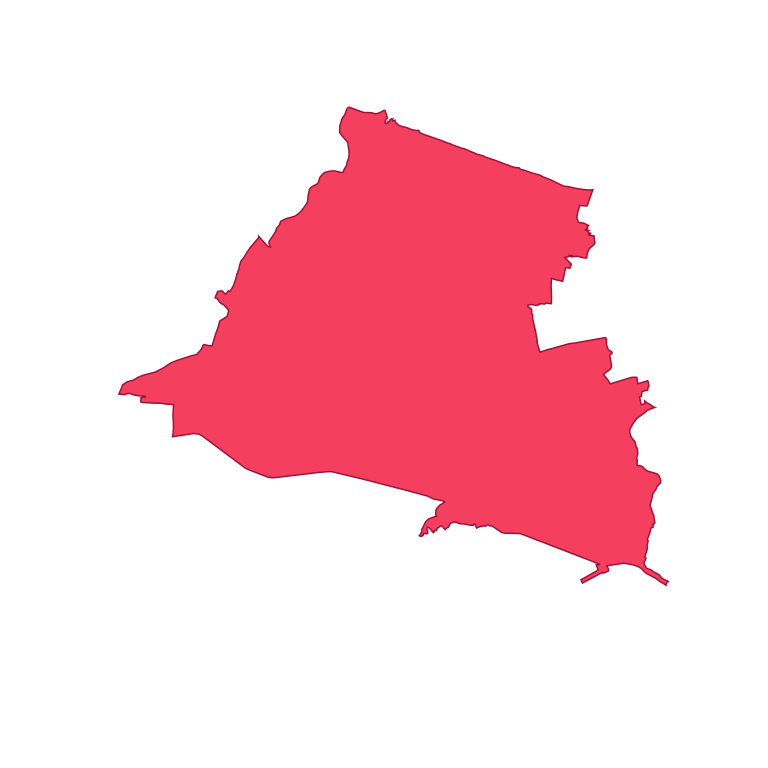 Livezile, Mehedinti, Romania, rotated 163°
{"feature_id": "2599482B92373301831218", "entity_name": "Livezile", "entity_type": "district", "adm_level": 2, "iso_a3": "ROU", "parent_name": "Romania", "parent_adm1": "Mehedinti", "projection": "mercator", "projection_center": [22.853, 44.538], "detail": "fine", "context": "isolated", "style": "filled", "palette": "rose", "viewbox_px": 768, "rotation_deg": 163, "n_neighbors": 0, "source": "geoboundaries", "source_scale": "gbopen_adm2", "svg_char_len": 6171}
<svg xmlns="http://www.w3.org/2000/svg" viewBox="0 0 768 768"><g transform="rotate(163 384 384)"><path d="M620.6,441.8L620.5,441.2L621.6,438.8L621.6,437.4L610.0,433.1L603.1,430.9L598.3,428.5L593.9,427.0L591.3,425.7L594.8,416.3L596.1,411.5L596.6,409.0L598.6,402.2L599.5,400.4L599.6,399.3L601.7,395.4L580.4,392.3L575.6,390.1L573.0,387.5L541.3,344.2L538.1,341.3L522.6,329.1L518.4,327.0L514.4,326.1L472.2,318.5L462.2,316.3L459.0,315.1L432.3,299.4L388.7,272.7L374.9,263.9L370.2,259.5L362.5,255.5L360.5,253.5L363.5,252.4L365.7,252.0L370.0,249.6L371.2,248.1L372.4,245.2L372.7,244.0L372.2,242.4L380.6,242.0L384.2,240.3L390.3,233.9L391.2,231.8L392.7,230.0L394.6,228.6L393.7,227.6L391.5,227.5L390.4,228.2L390.4,229.1L389.6,229.5L386.8,228.2L385.9,228.3L385.7,229.8L385.2,230.3L385.1,231.1L385.9,232.4L384.4,234.3L383.6,234.1L381.7,230.9L380.7,228.1L380.1,227.3L378.4,229.1L377.6,228.6L376.2,229.0L375.9,230.2L371.3,231.6L370.4,231.6L369.8,231.3L369.0,228.5L368.2,226.9L365.5,228.2L364.4,227.9L362.3,230.4L361.0,231.6L358.6,231.3L357.2,231.6L355.7,230.8L352.0,228.0L348.2,226.7L343.9,224.3L340.2,222.7L338.8,223.8L337.9,223.4L337.6,219.2L332.9,219.6L331.8,219.1L330.7,219.3L329.2,218.9L328.5,218.3L326.6,219.0L325.5,218.9L324.6,217.7L321.9,216.3L315.5,208.3L314.3,207.3L312.3,206.1L298.2,201.4L296.2,200.2L230.5,148.7L230.8,148.4L233.9,149.1L233.6,143.4L252.9,139.2L252.4,135.6L230.1,140.0L229.9,139.0L223.9,139.6L223.4,141.0L224.0,145.0L207.0,142.5L199.0,138.4L194.6,135.3L191.8,132.3L190.2,128.8L188.6,126.3L180.4,118.2L177.9,114.3L174.6,111.0L173.3,109.0L171.4,111.8L169.9,111.8L170.1,112.4L173.5,115.3L175.5,118.2L176.2,120.2L177.0,121.5L180.9,125.3L183.3,128.6L185.2,129.7L186.7,131.1L187.6,134.4L187.7,136.6L187.6,137.1L184.6,140.4L184.4,141.1L185.0,141.9L185.1,142.3L183.6,144.8L182.1,146.6L179.8,150.7L179.9,152.2L177.3,156.7L177.5,158.6L173.1,164.1L170.9,168.2L168.6,168.3L168.3,169.7L167.3,170.9L167.7,171.3L166.2,171.5L165.6,172.1L165.3,172.9L165.3,175.3L164.4,179.4L164.9,182.6L164.8,186.1L165.2,189.8L160.7,197.2L159.1,200.3L154.6,203.9L152.7,206.3L148.3,208.7L147.6,210.5L147.5,212.0L147.8,215.7L148.2,216.7L149.3,218.4L157.5,223.7L159.6,226.5L160.5,228.7L161.3,229.7L162.5,230.7L165.1,231.9L165.6,232.7L164.2,236.7L163.8,239.7L161.7,243.1L160.6,248.6L161.2,249.7L160.9,255.4L163.0,260.6L163.2,263.2L163.0,266.2L162.4,268.2L161.5,269.6L159.4,271.3L157.7,273.1L152.3,277.2L143.8,280.0L139.8,281.8L131.8,282.5L132.8,283.1L135.4,286.6L137.8,288.8L139.7,291.7L140.5,288.8L144.1,289.2L143.4,296.7L143.0,297.0L141.7,296.9L139.3,301.4L133.7,301.1L132.3,303.8L131.5,304.0L130.7,307.9L130.8,309.7L130.9,310.0L141.0,310.1L141.0,312.1L140.2,316.4L144.4,317.8L146.7,318.0L167.6,318.0L168.7,322.4L171.3,329.1L164.3,331.6L162.6,332.6L161.2,334.3L159.9,343.2L160.1,343.9L160.0,344.8L159.2,345.7L156.9,346.8L156.7,347.5L157.2,348.9L159.0,350.3L159.4,351.1L159.7,355.3L159.4,357.7L158.0,362.4L158.8,363.7L190.2,367.5L194.6,368.4L218.8,369.0L225.3,368.9L225.6,369.1L225.5,379.0L225.6,380.0L224.8,380.2L223.6,390.6L222.8,402.4L222.4,404.4L221.6,406.5L221.6,407.3L222.5,408.1L221.6,409.8L221.1,412.6L221.3,413.2L223.3,414.9L223.7,415.8L223.3,417.4L221.4,417.0L220.3,417.1L215.4,414.7L213.9,414.3L212.9,415.2L211.5,414.7L211.1,415.2L206.9,413.4L205.9,414.2L200.5,411.9L198.6,417.4L195.5,428.9L193.0,436.0L188.6,433.1L183.1,430.0L176.3,442.1L172.3,440.4L169.8,443.7L174.1,452.1L170.3,451.7L169.7,452.1L169.5,452.9L166.5,451.7L167.0,451.0L167.7,451.0L167.0,450.5L165.1,450.4L160.7,449.2L159.1,447.9L156.0,446.2L153.4,445.2L151.8,448.7L149.2,452.3L147.3,453.7L141.8,456.3L140.9,457.7L140.6,460.4L139.8,464.2L144.4,466.3L144.6,467.4L142.5,467.2L142.4,467.9L143.8,468.4L144.8,470.7L143.2,470.9L144.2,471.6L146.4,472.3L146.2,472.7L144.8,472.6L144.4,473.7L143.6,473.6L143.7,474.8L142.0,475.7L146.1,479.6L150.1,481.2L150.7,482.0L151.1,486.4L148.6,491.5L146.0,495.4L145.0,497.5L137.9,494.9L137.5,495.1L127.5,508.7L131.4,509.6L136.1,511.5L142.9,514.8L149.4,518.5L154.6,520.9L165.0,530.6L172.4,536.4L172.8,537.3L173.6,538.0L181.3,542.9L187.1,547.3L190.5,549.1L191.4,551.1L195.7,552.9L199.9,555.7L200.7,556.7L203.4,558.5L211.3,564.7L220.8,571.4L222.3,573.1L227.5,576.3L238.8,585.8L240.0,586.3L244.4,589.5L248.3,592.5L251.3,595.1L253.8,596.5L254.2,597.2L274.4,612.2L276.7,614.4L276.6,616.4L279.0,617.0L283.6,619.5L287.0,622.4L292.0,625.3L294.3,627.3L295.4,628.7L296.4,630.9L296.5,633.1L298.4,632.8L298.8,633.5L298.1,634.9L299.1,634.6L299.4,635.4L300.9,635.1L301.8,633.5L302.8,633.5L303.4,634.0L303.8,632.9L304.3,632.4L305.4,632.8L306.0,632.5L306.7,633.0L306.4,634.4L304.3,636.6L302.9,637.3L303.0,645.1L303.9,645.7L307.3,644.9L309.4,644.9L309.9,644.4L313.7,645.1L315.9,646.7L317.7,647.5L324.1,649.6L336.5,659.0L338.4,658.4L339.2,657.8L343.0,652.6L344.7,651.6L346.9,649.6L350.8,643.7L352.9,637.7L351.8,634.2L348.0,625.5L349.0,619.9L349.1,618.1L350.4,613.2L351.7,610.6L354.6,606.7L355.9,604.0L359.4,600.9L360.6,599.2L361.3,598.6L363.2,598.8L368.9,602.3L373.4,603.3L378.1,603.7L379.6,603.5L381.8,602.4L385.0,600.2L388.0,595.9L389.4,594.9L394.1,594.0L396.6,593.2L397.8,592.4L398.7,591.3L400.9,587.5L403.8,580.7L406.7,577.9L412.0,574.0L415.5,572.1L419.0,570.8L420.9,570.5L429.6,570.7L435.2,569.8L437.5,566.7L441.2,564.4L443.0,561.7L445.4,559.4L452.0,554.2L452.5,553.5L452.8,552.3L452.8,549.3L452.5,548.4L454.8,549.4L460.7,562.0L461.2,560.5L471.0,554.3L476.7,549.9L480.2,546.6L482.5,544.8L484.1,544.0L485.3,542.8L487.9,538.9L489.2,536.1L490.1,535.4L491.6,533.0L492.5,532.2L495.0,527.9L499.4,521.9L504.2,517.5L505.4,518.7L506.7,518.0L508.1,516.7L509.2,516.4L510.5,518.1L511.2,520.0L512.6,520.7L515.9,521.2L519.4,517.1L520.3,515.7L518.8,514.7L517.0,509.9L516.1,508.5L514.4,507.0L513.4,505.1L511.7,501.7L511.3,499.8L511.4,499.0L514.3,494.5L522.8,492.2L525.9,487.0L531.0,480.2L537.2,470.8L540.1,471.9L544.8,474.4L545.8,473.9L548.4,470.7L554.3,467.0L561.1,467.3L574.3,467.1L581.7,466.5L589.6,464.1L597.7,462.5L600.7,462.3L611.4,462.8L617.5,462.3L622.3,461.0L629.1,461.2L634.6,459.4L635.7,457.5L640.5,451.9L635.9,449.9L634.1,449.7L631.8,449.9L629.1,448.9L627.1,447.1L622.7,444.7L616.9,442.6L616.0,441.9L616.4,441.1L616.7,441.5L618.3,442.0L620.6,441.8Z" fill="#f43f5e" stroke="#9f1239" stroke-width="1.5"/></g></svg>